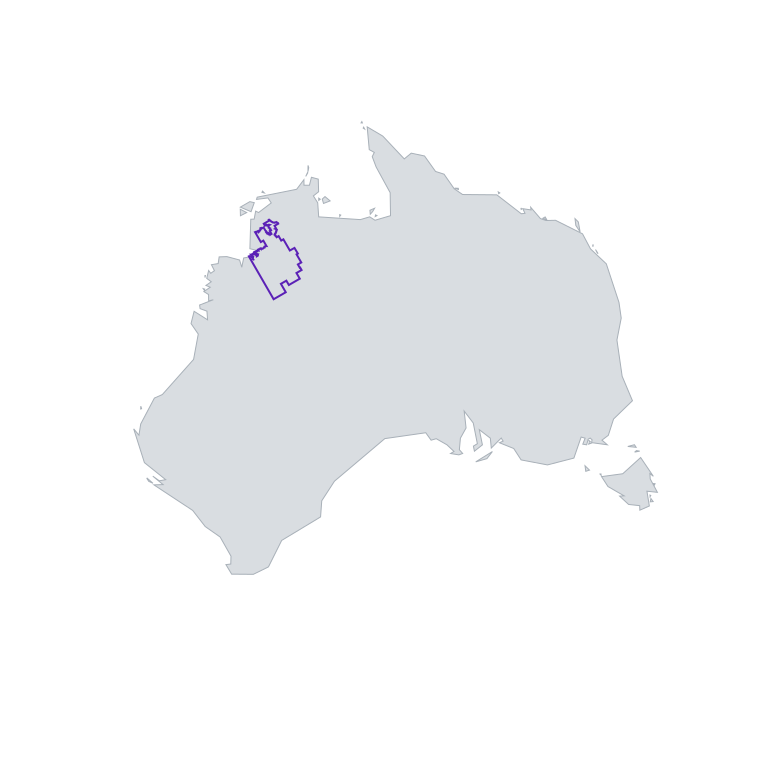 location of Victoria Daly, Northern Territory, Australia, rotated 330°
{"feature_id": "25037944B16072859725230", "entity_name": "Victoria Daly", "entity_type": "district", "adm_level": 2, "iso_a3": "AUS", "parent_name": "Australia", "parent_adm1": "Northern Territory", "projection": "mercator", "projection_center": [130.631, -15.929], "detail": "fine", "context": "in_parent", "style": "outline", "palette": "violet", "viewbox_px": 768, "rotation_deg": 330, "n_neighbors": 0, "source": "geoboundaries", "source_scale": "gbopen_adm2", "svg_char_len": 8482}
<svg xmlns="http://www.w3.org/2000/svg" viewBox="0 0 768 768"><g transform="rotate(330 384 384)"><path d="M506.9,168.7L514.1,199.2L523.0,197.7L533.1,206.8L534.9,225.7L540.9,232.3L542.4,250.0L546.8,259.2L576.3,276.6L588.0,305.2L591.4,306.7L591.9,301.6L598.4,306.8L599.4,304.3L602.2,319.0L606.0,323.4L614.4,328.0L631.0,353.2L630.4,370.3L636.6,391.1L628.3,430.8L622.4,445.5L607.7,462.4L594.1,496.4L590.8,522.7L565.3,529.1L552.6,540.6L544.7,541.6L547.0,548.3L534.5,538.6L536.3,536.3L535.5,533.9L533.2,533.9L529.1,538.0L526.1,535.5L531.1,531.5L528.2,528.5L511.4,543.1L485.1,535.8L464.8,518.3L464.1,504.7L454.6,492.6L458.6,493.0L458.5,489.4L444.9,493.1L449.0,484.1L443.7,471.2L438.8,485.9L428.7,487.4L430.4,482.5L435.0,482.4L441.8,462.4L439.9,447.5L433.1,463.1L423.1,469.1L416.4,478.6L417.4,483.5L413.4,482.8L406.9,477.5L410.9,477.4L408.1,468.1L401.9,457.5L396.7,456.2L395.8,447.1L357.4,431.7L292.5,443.4L271.7,454.0L262.6,467.4L217.2,468.3L192.5,484.6L175.7,483.5L157.0,472.5L156.8,461.4L161.3,463.3L165.4,456.6L165.6,434.6L157.9,418.1L155.1,397.8L134.3,356.3L142.4,360.7L137.7,348.2L141.0,355.5L147.1,357.7L137.2,332.3L144.8,297.7L146.2,305.8L153.3,297.0L178.1,281.4L186.8,282.3L231.4,267.5L248.1,247.9L247.1,235.2L255.9,226.1L263.3,240.2L267.1,232.4L262.4,226.8L263.8,223.4L278.3,225.7L273.7,224.3L276.8,218.8L274.2,213.9L281.9,213.3L279.1,209.6L285.5,209.1L283.3,203.9L288.9,198.0L289.3,201.5L293.8,201.1L294.2,194.4L300.6,196.8L304.8,191.5L311.6,195.1L320.9,204.4L319.2,211.8L325.5,204.7L338.7,209.4L341.4,205.4L335.5,199.8L351.0,174.7L354.0,176.3L359.3,170.1L361.1,172.8L376.9,170.8L376.5,164.8L365.9,160.4L367.6,158.8L405.7,171.7L416.8,167.0L414.1,171.9L418.8,174.6L424.5,168.7L429.5,173.7L423.5,184.8L416.9,185.8L417.2,193.9L411.0,206.6L445.7,229.8L455.2,232.1L458.1,237.7L473.8,241.5L485.0,221.4L485.7,192.1L487.5,181.2L491.4,178.6L488.4,173.7L498.0,152.9L506.9,168.7ZM526.1,573.0L545.9,581.1L569.5,576.0L571.1,598.6L569.5,594.5L567.1,599.3L566.6,614.5L558.1,608.3L552.8,622.3L542.5,621.2L544.6,617.2L535.6,610.6L532.0,598.9L536.0,600.9L526.7,584.8L526.1,573.0ZM348.0,159.0L359.0,159.0L362.3,162.1L355.0,168.3L348.0,159.0ZM424.5,497.3L444.1,496.7L435.8,500.1L424.5,497.3ZM426.6,192.2L428.9,198.5L421.9,197.4L423.0,193.0L426.6,192.2ZM629.9,350.3L629.4,342.6L632.1,336.3L633.3,340.8L629.9,350.3ZM563.9,560.0L570.5,561.8L570.7,564.9L563.9,560.0ZM346.9,160.8L350.8,166.9L343.8,166.5L346.9,160.8ZM518.9,561.3L515.1,560.5L517.2,555.3L518.9,561.3ZM463.7,227.1L460.4,229.0L457.0,230.1L458.7,226.5L463.7,227.1ZM134.3,354.5L131.6,350.7L131.4,347.3L131.8,347.1L134.3,354.5ZM569.3,567.9L571.9,570.0L567.0,568.3L569.3,567.9ZM604.5,319.9L607.1,319.9L607.1,323.3L604.5,319.9ZM543.2,249.7L546.2,251.7L545.7,252.8L543.2,249.7ZM557.9,616.6L558.3,620.4L555.7,619.2L557.9,616.6ZM634.4,373.3L634.6,377.6L634.2,377.5L634.4,373.3ZM375.9,158.7L374.1,157.0L375.3,156.2L375.9,158.7ZM427.0,159.0L424.3,162.1L427.5,156.7L427.0,159.0ZM634.7,368.2L633.5,369.6L634.3,368.0L634.7,368.2ZM431.0,216.1L429.5,216.7L430.3,215.2L431.0,216.1ZM421.2,192.1L419.3,192.4L420.4,190.4L421.2,192.1ZM162.3,281.6L161.7,284.2L160.8,284.0L162.3,281.6ZM494.8,151.4L494.7,153.5L493.9,152.0L494.8,151.4ZM533.2,535.1L533.7,536.8L533.0,536.3L533.2,535.1ZM423.6,163.0L420.0,165.1L423.7,162.5L423.6,163.0ZM283.6,200.8L282.2,202.3L283.1,200.6L283.6,200.8ZM559.3,613.9L558.1,614.6L558.8,613.2L559.3,613.9ZM462.1,234.6L460.1,234.6L461.2,233.3L462.1,234.6ZM276.2,212.2L275.2,213.0L275.1,211.0L276.2,212.2ZM568.9,605.9L567.2,607.0L567.7,605.0L568.9,605.9ZM496.0,145.7L495.8,147.1L494.7,146.4L496.0,145.7ZM532.3,537.4L534.0,538.9L531.2,538.4L532.3,537.4ZM579.8,276.4L578.5,276.5L579.0,274.8L579.8,276.4ZM590.8,301.3L590.1,301.4L590.6,300.0L590.8,301.3ZM526.9,570.3L526.4,571.7L526.0,570.0L526.9,570.3Z" fill="#d9dde1" stroke="#a8b0b8" stroke-width="1"/><path d="M330.8,255.4L344.8,255.4L344.8,245.7L351.1,245.7L351.1,250.7L363.7,250.7L363.7,244.1L369.6,244.1L369.6,241.2L369.2,241.2L369.2,237.4L373.1,237.4L373.1,228.0L374.6,228.0L374.5,221.4L369.2,221.3L369.2,208.4L366.7,208.4L366.7,203.2L364.7,203.2L364.4,203.2L364.4,202.9L364.4,202.7L364.5,202.4L364.3,202.0L364.4,201.9L364.3,201.6L364.2,201.6L364.2,201.4L364.0,201.2L364.1,200.5L363.8,200.0L363.9,199.9L364.0,199.9L364.1,199.7L364.3,199.6L364.5,199.5L364.6,199.4L364.8,199.3L365.0,199.4L365.3,199.2L365.5,199.3L365.6,199.1L365.7,198.9L366.2,198.7L366.5,198.5L366.5,198.4L366.6,198.1L366.9,197.8L367.1,197.8L367.2,197.5L367.5,197.3L367.6,197.2L367.8,197.2L368.0,197.3L368.4,197.1L368.5,197.3L368.5,197.1L368.3,196.9L368.0,196.5L367.9,196.2L367.9,195.8L367.4,195.2L368.3,195.2L368.3,192.3L372.6,192.3L372.7,192.1L372.7,191.7L372.4,191.4L372.2,191.2L372.1,190.9L372.1,190.7L371.9,190.4L371.9,190.1L371.7,190.1L371.1,189.8L370.9,189.8L370.9,189.7L370.7,189.6L370.4,189.5L370.1,189.6L369.8,189.6L369.7,189.5L369.6,189.4L369.4,189.2L369.2,189.1L368.9,188.8L368.7,188.7L368.4,188.4L368.4,188.0L368.3,187.9L368.0,187.5L367.8,187.4L367.6,187.2L367.5,186.6L367.5,186.4L367.3,186.1L367.3,185.7L367.2,185.6L366.9,185.5L366.9,184.9L366.8,184.7L366.7,184.5L366.6,184.2L366.3,184.2L366.3,185.1L360.0,185.1L360.0,187.2L361.3,187.2L361.3,187.5L361.7,187.5L361.7,188.0L363.0,188.2L363.8,188.4L364.2,188.6L364.3,188.8L364.5,189.0L362.6,189.0L362.6,191.4L362.8,191.4L362.8,191.5L362.7,191.5L362.9,191.8L362.6,191.8L362.6,194.1L363.1,194.1L363.1,194.4L361.6,194.4L361.6,197.8L360.8,197.8L360.9,197.7L360.9,197.4L360.8,197.2L360.7,197.2L360.3,197.1L360.2,197.1L360.1,196.9L360.1,196.7L359.9,196.7L359.7,196.8L359.6,197.0L359.4,196.6L359.4,196.3L359.2,196.4L359.2,196.1L358.9,196.0L358.7,196.0L358.7,195.9L358.8,195.7L358.5,195.7L358.4,195.5L358.2,195.4L358.4,195.0L358.6,195.0L358.7,194.8L358.5,194.7L358.4,194.5L358.3,194.3L358.1,194.3L358.1,194.0L357.9,194.0L357.9,193.9L358.1,193.7L358.4,193.4L358.4,193.1L358.1,193.1L357.7,193.2L357.6,192.9L357.4,192.6L357.5,192.7L358.0,192.5L358.0,188.2L355.8,188.2L355.8,187.6L355.6,187.6L355.4,187.5L355.1,187.3L355.0,187.2L354.8,187.2L354.7,187.4L354.5,188.0L354.6,188.4L354.3,188.5L354.2,188.6L354.0,188.8L353.7,188.9L353.6,188.7L353.3,188.7L352.6,189.4L351.9,189.4L351.9,189.6L351.6,189.6L351.4,189.7L351.4,188.5L349.1,188.5L349.0,188.4L349.0,188.1L348.7,188.0L348.4,188.1L348.5,188.4L348.3,188.3L348.3,199.5L351.2,199.5L351.2,205.3L351.1,205.2L351.0,205.4L350.9,205.3L350.6,205.4L350.4,205.3L350.2,205.4L350.1,205.5L349.8,205.4L349.7,205.6L349.3,205.5L349.2,205.4L349.1,205.5L349.0,205.8L348.9,205.9L348.8,206.0L348.7,205.9L348.6,205.6L348.4,205.6L348.2,205.9L347.9,205.8L347.7,205.9L347.6,206.0L347.3,206.0L347.1,206.1L346.8,206.1L346.7,206.2L346.3,206.1L346.1,205.9L345.9,205.9L345.7,205.6L345.6,205.4L345.4,205.3L345.5,205.2L345.4,204.9L345.4,205.0L345.2,205.2L345.2,204.9L344.9,204.8L344.8,205.0L344.6,204.9L344.4,204.8L344.1,205.0L343.9,205.0L343.3,205.1L342.8,205.1L342.7,205.0L342.6,204.8L342.6,204.7L342.4,204.7L342.3,204.8L342.0,204.7L341.8,205.0L341.5,205.0L341.8,205.2L341.8,205.3L341.7,205.2L341.3,205.4L341.4,205.5L340.8,205.7L340.4,205.6L340.0,205.6L339.3,205.6L338.9,205.4L338.8,205.5L338.7,205.6L338.5,205.3L338.0,205.0L337.9,205.1L338.1,205.5L338.3,205.7L338.4,205.8L338.5,206.0L338.2,206.2L337.8,205.5L337.4,205.1L337.1,204.9L337.0,205.0L337.4,205.6L337.5,205.7L337.5,205.9L337.6,206.0L338.1,206.8L338.2,207.1L338.3,207.2L338.2,207.0L338.4,206.9L338.5,206.9L338.5,207.0L338.5,207.5L338.7,208.0L338.8,208.0L339.0,207.9L339.1,208.0L338.9,208.0L338.8,208.6L338.9,208.9L339.3,209.3L339.1,209.5L339.0,209.4L338.7,209.3L338.4,209.5L338.0,209.6L337.9,209.7L337.9,209.8L337.7,209.8L337.8,209.6L338.1,209.4L338.3,209.2L337.7,208.2L337.3,207.9L337.3,207.6L336.8,206.8L336.2,206.6L335.9,206.5L335.7,206.4L335.4,206.3L335.3,206.1L335.2,205.9L334.7,205.8L334.4,205.7L334.0,205.8L334.1,205.6L333.8,205.6L333.6,205.5L333.7,205.9L333.7,206.2L333.8,206.4L333.7,206.5L333.7,207.0L333.8,207.4L333.7,207.7L333.9,207.8L334.1,208.0L334.3,207.9L334.4,208.1L334.6,208.0L334.4,208.1L334.3,207.9L334.1,208.1L334.0,208.4L334.0,208.2L333.9,208.3L333.7,208.4L333.8,208.6L333.9,208.8L333.7,209.0L333.8,209.0L333.6,209.3L333.5,209.5L333.7,209.8L333.4,209.6L333.2,209.6L333.3,209.5L333.1,209.8L333.1,210.0L333.0,209.9L332.9,210.1L332.8,209.9L333.0,209.7L333.1,209.4L333.2,209.2L333.3,209.1L333.2,208.9L333.1,208.7L332.9,208.2L333.0,207.9L333.2,207.4L332.8,207.2L332.8,207.3L332.7,207.4L332.8,207.2L332.4,206.9L332.3,207.0L332.2,207.3L332.2,206.7L331.6,206.2L331.5,206.4L331.4,206.4L331.2,206.1L330.8,206.0L330.8,255.4Z" fill="none" stroke="#5b21b6" stroke-width="2"/></g></svg>